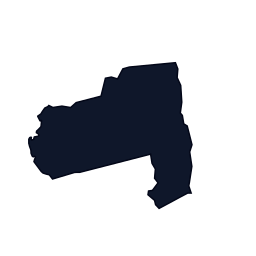 Hampton, South Carolina, United States of America, rotated 27°
{"feature_id": "52423323B13440849980241", "entity_name": "Hampton", "entity_type": "district", "adm_level": 2, "iso_a3": "USA", "parent_name": "United States of America", "parent_adm1": "South Carolina", "projection": "orthographic", "projection_center": [-81.257, 32.792], "detail": "fine", "context": "isolated", "style": "filled", "palette": "ink", "viewbox_px": 256, "rotation_deg": 27, "n_neighbors": 0, "source": "geoboundaries", "source_scale": "gbopen_adm2", "svg_char_len": 1343}
<svg xmlns="http://www.w3.org/2000/svg" viewBox="0 0 256 256"><g transform="rotate(27 128 128)"><path d="M47.2,143.9L47.1,144.4L47.0,144.9L46.8,145.4L46.5,145.8L44.8,148.0L44.2,152.2L44.0,155.0L42.2,158.4L42.4,158.7L46.3,161.5L46.8,161.4L46.9,161.1L47.0,160.8L47.2,160.7L47.4,160.6L47.7,160.8L49.7,165.8L49.8,166.7L48.8,170.0L48.2,171.7L48.0,172.1L48.0,172.4L48.5,173.8L50.5,173.9L51.8,174.8L52.0,175.5L51.6,176.1L49.0,178.2L48.6,178.5L48.8,180.0L49.3,180.4L49.2,180.7L48.0,182.2L47.4,182.4L47.1,182.3L46.7,181.8L46.2,180.3L45.8,180.2L45.2,180.7L44.8,181.2L44.7,183.0L46.6,186.7L48.7,189.1L50.9,191.1L51.8,192.2L53.1,194.5L55.4,196.5L56.0,196.7L56.8,196.6L57.7,195.6L58.1,195.7L58.7,195.9L58.9,196.3L59.0,198.3L59.5,200.7L70.4,206.1L72.7,206.7L76.0,206.2L78.4,205.6L79.2,205.5L79.5,205.6L83.9,207.7L100.7,191.7L105.1,189.4L160.0,141.0L165.5,148.6L171.0,152.1L174.5,160.7L179.7,163.2L178.1,172.5L174.9,174.8L176.1,178.4L184.5,180.4L187.4,183.8L192.2,185.5L201.5,172.1L205.0,167.0L210.7,158.9L213.8,157.3L208.4,152.0L207.4,148.6L202.3,133.2L193.8,121.3L192.6,113.9L179.8,99.3L175.8,99.0L170.7,92.1L167.8,90.9L164.2,80.6L155.6,66.1L148.9,60.8L145.6,52.8L140.6,48.3L101.5,73.1L96.6,77.6L96.4,89.0L90.0,90.2L85.3,93.9L89.5,111.9L70.3,128.9L67.6,135.8L59.2,138.5L51.8,143.8L47.2,143.9Z" fill="#0f172a" stroke="#020617" stroke-width="1.5"/></g></svg>